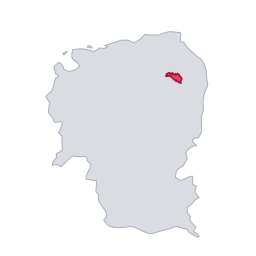 Kralanh, Siemréab, Cambodia shown in context, rotated 98°
{"feature_id": "14789045B14092242539630", "entity_name": "Kralanh", "entity_type": "district", "adm_level": 2, "iso_a3": "KHM", "parent_name": "Cambodia", "parent_adm1": "Siemréab", "projection": "albers", "projection_center": [103.469, 13.548], "detail": "fine", "context": "in_parent", "style": "filled", "palette": "rose", "viewbox_px": 256, "rotation_deg": 98, "n_neighbors": 0, "source": "geoboundaries", "source_scale": "gbopen_adm2", "svg_char_len": 5115}
<svg xmlns="http://www.w3.org/2000/svg" viewBox="0 0 256 256"><g transform="rotate(98 128 128)"><path d="M225.6,42.5L226.2,44.6L224.7,48.8L223.0,52.5L219.9,55.9L219.7,58.3L218.7,65.5L219.2,67.7L220.0,69.7L221.1,70.7L224.0,77.7L226.6,84.0L229.2,89.2L229.7,92.5L227.6,101.0L225.0,108.8L225.3,112.6L226.5,116.4L227.8,121.5L228.4,128.1L227.8,132.4L226.6,135.1L224.3,137.8L222.3,139.3L219.8,137.0L217.9,136.9L215.3,137.7L213.2,138.8L209.1,142.8L204.5,146.8L198.1,147.9L195.6,150.8L193.0,151.2L187.9,151.4L184.6,152.1L184.7,153.6L184.5,160.5L184.6,162.1L184.1,162.5L181.8,162.7L177.9,161.7L172.6,160.1L168.9,159.9L166.9,162.9L165.8,164.0L164.4,164.2L162.9,164.8L162.4,166.1L162.3,167.8L163.1,170.6L163.4,175.2L163.2,178.3L164.6,180.2L172.8,186.7L175.2,188.3L175.5,189.3L174.1,192.9L175.4,197.9L172.9,197.8L168.6,195.7L166.6,194.4L164.1,195.5L163.3,195.3L161.6,192.8L159.4,190.3L157.2,190.2L152.5,191.2L147.7,192.0L145.8,192.0L145.1,192.4L142.3,196.2L141.1,195.6L136.3,194.2L131.8,193.7L130.9,194.6L131.5,197.7L132.5,200.7L131.9,201.9L129.5,203.5L126.3,206.4L124.3,208.6L123.0,209.1L118.1,209.1L113.2,209.4L111.2,211.5L109.4,213.1L107.8,213.5L101.4,208.4L88.7,206.7L87.4,204.4L86.1,204.0L85.0,206.9L78.0,209.8L75.1,208.0L73.0,206.0L73.3,203.4L75.3,201.4L78.7,199.9L80.3,194.7L77.7,188.0L75.4,186.1L73.0,184.5L70.4,187.0L68.3,191.3L66.0,193.4L62.8,193.9L58.2,193.7L56.4,187.4L55.8,182.0L56.5,175.8L57.2,172.1L52.7,167.0L52.5,162.2L50.3,159.7L49.7,161.0L49.7,162.4L49.1,161.4L42.1,147.2L41.0,140.6L42.2,135.6L42.9,133.9L40.9,131.2L38.1,128.2L33.1,124.2L32.7,117.9L31.7,110.5L30.2,108.0L27.9,103.5L26.7,99.7L26.3,89.7L26.9,88.9L30.5,88.7L35.0,88.0L35.7,86.4L35.0,85.0L37.9,82.8L42.1,77.9L45.3,72.7L47.6,69.4L49.0,66.2L53.7,61.6L60.2,58.5L64.5,57.7L69.1,56.7L73.5,55.1L75.5,55.0L81.0,56.8L83.9,57.3L87.0,57.3L90.2,57.5L92.9,57.3L99.6,55.9L106.6,56.9L112.9,56.1L120.7,54.6L124.5,55.5L128.0,57.0L128.5,60.0L129.4,61.4L130.5,62.4L132.1,62.4L134.1,60.3L135.7,58.1L136.2,57.7L136.3,58.8L137.2,61.1L138.7,63.5L140.2,65.0L142.7,67.0L144.3,67.1L149.7,65.1L157.7,67.9L158.6,69.3L161.2,72.1L164.1,74.2L170.3,74.2L172.5,69.1L171.4,66.1L167.7,60.7L166.7,57.6L167.9,57.0L173.9,56.3L174.9,55.7L176.1,52.2L177.8,52.6L181.1,53.0L184.6,50.6L186.7,48.0L187.8,49.2L189.1,50.9L190.5,51.9L193.0,53.4L195.8,55.5L197.6,57.5L199.0,58.3L202.6,57.7L203.5,57.7L205.6,55.2L207.0,53.8L208.3,54.2L210.1,54.1L213.7,50.8L215.8,47.9L217.0,47.1L220.3,48.5L221.7,48.1L223.5,44.1L225.6,42.5ZM54.0,179.1L53.3,179.4L52.7,179.4L52.0,178.8L52.1,176.6L52.6,175.2L53.7,174.9L54.0,179.1ZM64.6,201.5L63.2,203.0L60.9,199.8L60.9,199.0L64.6,201.5Z" fill="#d9dde1" stroke="#a8b0b8" stroke-width="1"/><path d="M68.1,85.1L67.9,85.3L67.9,85.5L67.7,85.6L67.8,85.8L68.0,85.8L68.0,86.0L67.9,86.2L67.7,86.2L67.7,86.3L67.7,86.5L67.4,86.6L67.7,86.8L67.8,86.9L67.8,87.0L67.6,87.1L67.9,87.1L67.9,86.9L68.0,87.0L68.1,87.3L68.3,87.4L68.4,87.5L68.1,87.7L68.0,87.8L68.2,88.0L68.3,88.1L68.2,88.1L68.1,88.3L68.3,88.4L68.5,88.3L68.4,88.6L68.1,88.6L67.9,88.7L68.0,88.8L68.1,89.0L68.2,88.9L68.2,89.0L68.3,89.0L68.3,89.3L68.2,89.4L68.2,89.5L68.3,89.5L68.5,89.6L68.5,89.8L68.4,89.9L68.5,90.0L68.4,90.1L68.5,90.2L68.4,90.3L68.4,90.5L68.2,90.7L68.4,90.8L68.2,90.8L68.2,90.7L68.1,90.8L68.2,91.1L68.3,91.2L68.3,91.3L68.2,91.3L68.3,91.3L68.3,91.5L68.2,91.4L68.1,91.5L67.9,91.5L68.0,91.7L67.9,91.8L68.0,91.8L67.9,91.9L68.0,92.1L67.9,92.1L68.0,92.2L68.0,92.3L67.8,92.3L67.9,92.5L68.2,92.6L68.3,92.7L68.2,92.7L68.3,92.7L68.4,92.8L68.3,93.0L68.2,93.1L68.0,93.3L67.9,93.6L67.9,94.0L67.7,94.1L67.8,94.1L67.7,94.2L67.7,94.3L67.6,94.5L67.6,94.9L67.7,95.0L67.8,95.0L68.0,95.2L67.9,95.3L68.1,95.4L68.1,95.5L68.2,95.8L68.3,96.0L68.4,96.4L68.4,96.5L68.5,96.6L68.8,96.9L69.0,96.9L69.3,97.1L69.5,96.9L69.5,97.0L69.8,97.1L69.7,97.2L70.1,97.2L70.0,97.3L70.2,97.5L70.4,97.5L70.6,97.4L70.8,97.2L71.2,97.5L71.4,97.6L71.5,97.6L71.6,97.4L71.4,97.2L71.4,96.8L71.4,96.7L71.2,96.4L71.2,96.2L71.0,95.7L71.1,95.4L71.0,95.1L70.9,94.7L70.9,94.4L70.9,93.8L70.8,93.7L70.7,93.5L70.7,93.3L71.1,93.0L71.3,92.9L71.3,92.7L71.1,92.6L71.3,92.4L71.5,92.2L71.5,91.8L71.6,91.7L71.8,91.5L72.0,91.4L72.2,91.2L72.3,91.2L72.5,90.8L72.6,90.6L72.7,90.4L72.9,90.1L73.0,90.0L73.0,89.8L73.2,89.7L73.3,89.5L73.5,89.5L73.6,89.4L73.6,89.2L73.8,89.1L73.7,89.0L73.8,88.8L73.8,88.7L73.8,88.4L73.8,88.0L73.9,87.9L73.9,87.7L74.0,87.6L74.2,87.4L74.3,87.1L74.4,86.9L74.5,86.9L74.4,86.8L74.5,86.8L74.6,86.6L74.7,86.4L74.8,86.3L74.8,86.1L75.0,86.0L75.1,85.9L75.0,85.7L75.1,85.4L75.0,85.2L75.1,84.7L75.2,84.4L75.3,84.1L75.5,84.0L75.6,83.9L75.8,83.9L76.0,83.8L76.1,82.7L76.0,82.0L75.9,82.1L75.7,82.2L75.4,82.2L75.3,82.3L75.2,82.3L75.1,82.5L74.8,82.3L74.7,82.4L74.4,82.3L74.2,82.3L74.1,82.2L73.9,82.2L73.7,82.1L73.4,81.9L73.2,81.8L73.1,81.7L72.9,81.7L72.7,81.7L72.6,81.8L72.5,81.7L72.3,81.7L72.1,81.6L71.8,81.5L71.7,81.6L71.4,81.7L71.4,81.8L71.1,82.0L71.0,82.4L70.9,82.5L70.7,82.8L70.4,83.1L70.3,83.3L70.2,83.4L70.1,83.5L70.1,83.4L70.0,83.6L69.8,83.6L69.7,83.6L69.4,83.8L69.4,83.7L69.3,83.8L69.3,84.0L69.2,84.1L69.1,84.3L68.9,84.3L68.7,84.4L68.6,84.6L68.4,84.6L68.4,84.8L68.2,84.9L68.1,85.0L68.1,85.1Z" fill="#f43f5e" stroke="#9f1239" stroke-width="1.5"/></g></svg>